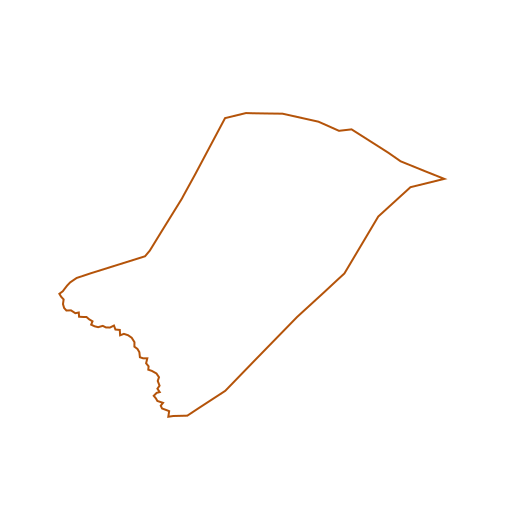 Ibititá, Bahia, Brazil (Albers equal-area conic projection), rotated 78°
{"feature_id": "56859067B56768977523626", "entity_name": "Ibititá", "entity_type": "district", "adm_level": 2, "iso_a3": "BRA", "parent_name": "Brazil", "parent_adm1": "Bahia", "projection": "albers", "projection_center": [-41.882, -11.57], "detail": "fine", "context": "isolated", "style": "outline", "palette": "amber", "viewbox_px": 512, "rotation_deg": 78, "n_neighbors": 0, "source": "geoboundaries", "source_scale": "gbopen_adm2", "svg_char_len": 1312}
<svg xmlns="http://www.w3.org/2000/svg" viewBox="0 0 512 512"><g transform="rotate(78 256 256)"><path d="M305.3,405.4L304.7,401.4L306.9,397.6L310.1,394.6L315.0,392.8L319.4,393.8L322.2,391.3L325.8,390.1L330.9,390.6L332.6,387.7L333.5,383.6L338.1,385.8L341.6,384.0L344.8,385.0L346.7,381.8L350.2,377.8L354.4,376.1L357.8,378.1L362.8,377.3L365.3,380.0L369.1,378.5L369.2,381.6L371.5,385.1L374.5,383.5L377.3,382.6L380.3,377.5L382.6,380.3L385.6,379.6L388.0,375.8L389.7,373.2L395.0,375.2L395.3,370.2L397.9,356.4L392.9,343.7L381.5,314.1L358.3,279.6L324.2,228.5L322.2,225.1L305.2,196.2L297.7,183.7L295.9,180.7L291.5,173.2L284.7,166.9L242.8,128.2L220.8,90.6L219.7,55.8L207.9,73.5L197.4,89.0L193.4,94.9L182.6,105.0L152.0,136.2L150.8,148.8L137.6,167.0L122.3,200.5L118.8,216.0L115.7,229.5L114.1,236.1L114.7,257.6L147.0,284.7L163.8,298.8L182.0,314.5L184.3,316.4L212.8,343.7L228.7,358.8L233.2,364.6L238.5,420.8L240.2,436.0L241.5,439.2L243.2,443.3L245.6,446.8L248.2,449.9L250.3,452.3L252.1,456.2L255.3,455.1L258.5,453.2L262.9,454.8L266.9,454.5L269.9,452.8L270.7,448.3L274.4,444.6L274.4,441.1L278.6,441.7L279.6,438.2L280.4,434.5L283.2,432.4L285.9,429.5L288.9,431.5L291.2,428.5L292.8,425.2L292.5,420.4L294.7,417.6L295.6,413.7L294.5,409.4L298.7,408.8L300.0,404.6L305.3,405.4Z" fill="none" stroke="#b45309" stroke-width="2"/></g></svg>